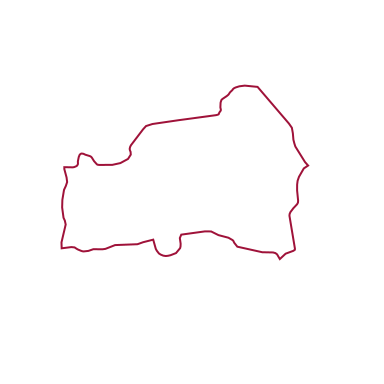 the Department of Managua, rotated 37°
{"feature_id": "NIC-659", "entity_name": "Managua", "entity_type": "Department", "adm_level": 1, "iso_a3": "NIC", "parent_name": "Nicaragua", "parent_adm1": "", "projection": "orthographic", "projection_center": [-86.332, 12.202], "detail": "fine", "context": "isolated", "style": "outline", "palette": "rose", "viewbox_px": 384, "rotation_deg": 37, "n_neighbors": 0, "source": "natural_earth", "source_scale": "10m", "svg_char_len": 1890}
<svg xmlns="http://www.w3.org/2000/svg" viewBox="0 0 384 384"><g transform="rotate(37 192 192)"><path d="M121.8,315.4L118.1,310.8L110.7,294.0L107.7,291.4L104.9,289.9L97.6,282.5L93.2,276.3L88.5,267.3L87.6,263.1L86.3,259.2L83.1,255.9L76.2,250.5L75.1,249.0L82.0,244.0L83.0,242.9L84.2,240.8L84.3,240.0L84.3,239.4L84.1,238.4L83.7,237.8L82.4,236.2L80.5,232.2L80.1,230.7L79.9,229.9L80.0,229.1L80.2,228.4L80.6,227.8L81.4,227.3L82.4,226.8L84.4,226.4L88.5,224.9L89.3,224.7L90.1,224.6L90.8,224.7L91.3,224.8L95.2,226.3L99.2,227.1L100.0,227.1L101.5,226.3L112.0,218.3L117.4,212.0L121.0,204.1L120.6,199.0L118.8,196.9L117.4,196.1L116.3,195.1L115.5,193.4L115.1,191.5L115.2,171.4L115.6,167.0L119.5,161.5L138.0,142.8L165.0,116.1L166.1,114.7L166.5,113.9L166.2,112.8L166.0,111.9L166.0,110.1L165.8,109.3L165.4,108.8L163.8,107.4L163.7,107.3L161.1,103.5L160.8,102.8L160.3,101.3L160.1,100.5L160.4,99.2L162.1,94.2L162.5,92.4L162.5,91.1L162.4,90.3L162.4,89.3L162.9,86.3L162.8,85.3L163.1,83.9L163.9,82.3L166.2,79.1L170.1,75.3L181.1,68.6L228.2,79.0L233.1,80.6L237.2,84.4L241.5,89.2L244.5,91.6L247.2,93.5L264.3,100.1L268.8,101.0L267.1,105.9L268.3,115.5L269.6,119.5L271.5,122.8L275.0,127.5L282.0,135.1L283.0,136.7L283.3,138.5L282.7,144.0L282.7,148.8L283.2,150.8L284.1,152.3L308.3,175.3L308.9,176.2L308.4,177.9L303.9,184.9L302.5,192.7L297.5,190.6L295.4,190.6L293.1,191.5L284.4,197.8L261.1,208.4L256.2,207.1L254.7,206.3L254.2,206.1L253.3,206.0L248.6,206.6L239.1,210.5L231.0,212.0L226.0,215.7L209.1,232.5L210.0,236.1L214.1,240.2L215.6,242.4L216.3,244.0L216.0,250.4L212.9,255.4L211.3,257.3L209.6,258.9L207.4,260.1L204.8,260.8L202.6,261.0L199.3,260.1L197.3,259.2L189.7,253.4L183.2,261.5L179.9,266.5L162.5,280.7L157.1,289.5L155.1,291.5L147.6,297.1L144.7,301.4L141.2,304.7L140.1,305.3L138.6,305.8L135.4,306.6L133.8,306.8L131.6,306.9L128.8,308.6L121.8,315.4L121.8,315.4Z" fill="none" stroke="#9f1239" stroke-width="2"/></g></svg>